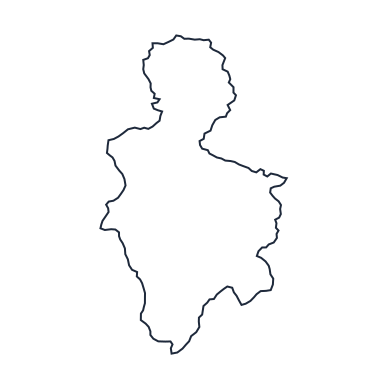 the district of Jeceaba, Minas Gerais, Brazil, rotated 262°
{"feature_id": "56859067B20881442206029", "entity_name": "Jeceaba", "entity_type": "district", "adm_level": 2, "iso_a3": "BRA", "parent_name": "Brazil", "parent_adm1": "Minas Gerais", "projection": "natural_earth1", "projection_center": [-44.042, -20.555], "detail": "fine", "context": "isolated", "style": "outline", "palette": "slate", "viewbox_px": 384, "rotation_deg": 262, "n_neighbors": 0, "source": "geoboundaries", "source_scale": "gbopen_adm2", "svg_char_len": 2726}
<svg xmlns="http://www.w3.org/2000/svg" viewBox="0 0 384 384"><g transform="rotate(262 192 192)"><path d="M56.2,130.9L52.1,133.3L48.8,137.8L47.6,144.7L47.0,149.9L43.8,151.5L40.2,149.3L34.8,149.3L35.1,155.1L38.2,160.8L41.8,164.9L44.6,168.4L49.4,171.1L52.6,176.7L57.3,180.5L62.7,180.7L66.7,181.4L69.2,185.0L73.5,186.3L77.5,187.5L80.3,191.7L83.2,194.4L83.0,198.8L87.0,202.3L89.7,206.7L91.7,210.2L93.5,213.8L91.6,218.5L86.8,219.5L83.0,221.7L78.2,223.4L73.3,225.3L73.9,229.6L76.0,234.7L79.1,238.7L81.8,241.7L84.3,246.2L83.8,251.6L83.9,256.3L89.1,259.2L94.9,260.4L99.6,258.2L104.8,258.2L108.3,257.7L113.0,255.2L117.2,251.3L119.6,247.3L124.1,249.6L127.3,253.7L126.8,257.7L129.4,260.7L130.6,265.9L134.7,269.7L138.7,269.9L141.8,272.3L144.9,270.1L149.3,271.3L153.0,270.5L154.5,274.7L157.8,276.9L162.9,276.9L166.7,278.3L170.7,276.5L174.0,273.3L177.0,271.3L180.6,269.3L184.7,270.5L185.8,274.2L186.0,280.3L188.3,284.4L192.5,287.7L193.7,283.8L196.9,279.1L199.3,272.7L196.9,268.7L199.3,265.4L203.0,266.1L205.1,262.9L202.5,258.4L204.5,254.1L207.9,251.3L210.6,246.2L212.7,242.4L215.8,238.5L217.3,234.5L218.5,229.3L221.1,225.8L222.7,221.5L225.6,217.6L227.7,214.6L231.2,213.5L233.5,208.1L237.4,206.5L241.4,206.6L243.0,211.0L248.1,212.5L250.2,218.9L255.3,221.4L260.1,225.1L262.1,229.8L261.9,236.0L265.1,237.7L267.8,241.2L273.2,239.4L276.8,246.6L281.7,249.0L284.7,246.9L290.0,247.7L295.3,243.7L298.4,245.6L302.0,245.2L306.2,244.1L309.3,239.4L313.4,239.8L316.8,241.7L320.0,243.5L322.9,241.7L326.9,237.7L330.0,232.8L332.8,230.2L337.2,231.7L340.5,229.8L340.7,224.7L342.2,221.0L342.5,215.9L344.3,210.2L344.8,205.7L347.8,202.6L349.2,198.2L345.6,194.8L343.9,189.7L342.3,184.3L344.0,178.9L344.8,173.6L340.2,173.3L337.5,169.1L333.5,169.2L330.6,167.0L329.6,162.1L324.4,161.9L320.4,160.8L316.1,161.2L309.9,164.6L305.3,166.2L301.4,165.5L297.9,165.8L294.5,168.7L290.4,167.3L288.4,172.8L285.5,170.2L285.0,164.6L279.9,165.8L277.7,169.6L275.9,173.6L271.8,171.3L267.1,169.8L265.2,166.4L262.3,162.1L260.6,157.5L262.3,153.6L261.5,149.7L263.7,144.3L263.0,137.3L259.8,131.9L257.2,126.9L255.4,122.0L254.9,116.5L249.7,115.0L246.5,114.3L242.5,113.2L239.8,115.6L237.3,118.1L233.6,119.6L228.8,119.9L223.4,122.9L219.5,125.5L214.2,126.9L207.7,127.1L203.4,124.4L200.0,121.3L196.6,118.0L194.3,113.0L194.1,108.2L191.4,105.2L187.6,106.7L183.8,106.6L179.6,102.8L175.9,99.4L172.5,97.7L168.8,96.3L166.5,100.4L166.4,106.8L165.5,110.9L162.2,114.1L158.4,113.6L155.0,114.3L151.0,116.2L145.5,117.7L139.7,117.3L134.3,119.1L128.2,119.5L123.3,121.8L120.4,126.5L116.0,125.6L112.7,128.4L108.6,129.9L102.8,130.8L98.4,131.4L93.9,130.7L88.4,129.9L85.0,128.4L81.6,127.1L78.7,124.5L72.3,123.5L68.1,127.8L64.5,130.3L59.8,131.4L56.2,130.9Z" fill="none" stroke="#1e293b" stroke-width="2"/></g></svg>